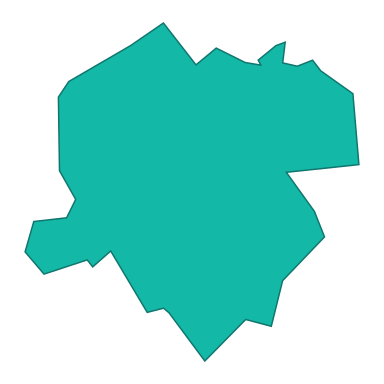 the district of Roanoke, Virginia, United States of America
{"feature_id": "52423323B30503653704079", "entity_name": "Roanoke", "entity_type": "district", "adm_level": 2, "iso_a3": "USA", "parent_name": "United States of America", "parent_adm1": "Virginia", "projection": "albers", "projection_center": [-79.961, 37.274], "detail": "fine", "context": "isolated", "style": "filled", "palette": "teal", "viewbox_px": 384, "rotation_deg": 0, "n_neighbors": 0, "source": "geoboundaries", "source_scale": "gbopen_adm2", "svg_char_len": 549}
<svg xmlns="http://www.w3.org/2000/svg" viewBox="0 0 384 384"><path d="M33.8,221.5L25.1,251.9L44.0,274.1L87.2,259.9L92.7,266.9L110.7,251.0L147.2,312.4L163.5,308.2L169.0,312.8L204.8,361.0L245.7,319.5L271.3,326.3L282.6,280.7L324.5,236.9L314.4,211.4L286.3,172.3L358.9,164.6L352.9,93.7L320.7,70.8L312.6,60.2L297.3,66.2L282.7,62.9L285.2,42.2L276.0,45.6L258.2,60.1L260.8,65.1L245.1,62.5L216.2,48.1L196.0,64.9L163.4,23.0L130.7,45.5L68.8,81.5L58.4,97.1L59.5,170.8L75.7,199.4L66.6,217.8L33.8,221.5Z" fill="#14b8a6" stroke="#0f766e" stroke-width="1.5"/></svg>